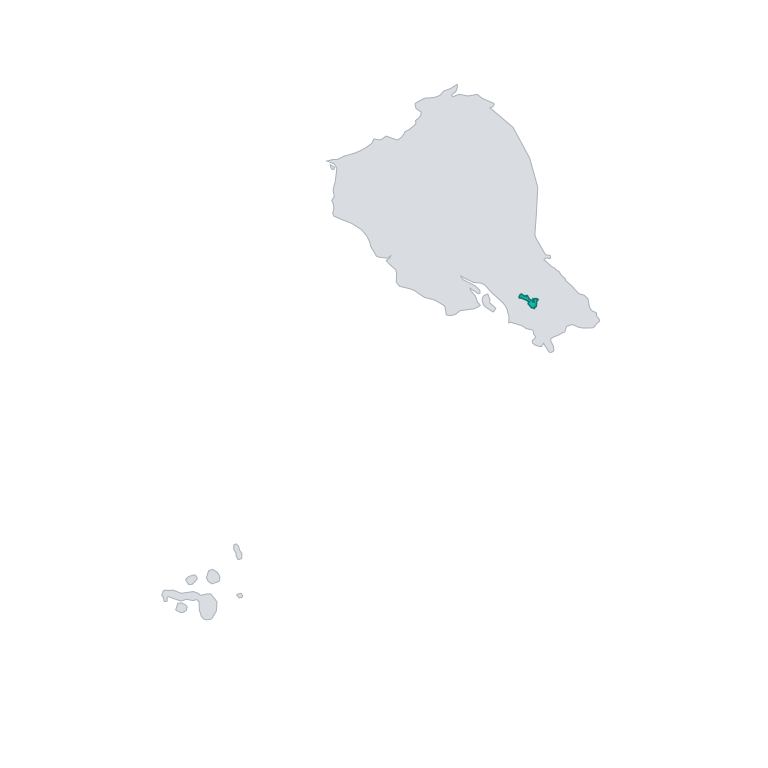 location of Zaruma, El Oro, Ecuador, rotated 299°
{"feature_id": "8360857B11168395923367", "entity_name": "Zaruma", "entity_type": "district", "adm_level": 2, "iso_a3": "ECU", "parent_name": "Ecuador", "parent_adm1": "El Oro", "projection": "equal_earth", "projection_center": [-79.513, -3.511], "detail": "fine", "context": "in_parent", "style": "filled", "palette": "teal", "viewbox_px": 768, "rotation_deg": 299, "n_neighbors": 0, "source": "geoboundaries", "source_scale": "gbopen_adm2", "svg_char_len": 7269}
<svg xmlns="http://www.w3.org/2000/svg" viewBox="0 0 768 768"><g transform="rotate(299 384 384)"><path d="M681.5,302.6L679.4,304.3L674.5,305.1L670.6,303.4L669.0,303.4L668.8,305.1L674.0,309.5L676.4,317.4L680.0,322.2L682.3,324.6L682.4,326.3L681.7,329.4L681.5,332.0L682.7,344.0L681.9,344.8L679.2,344.8L677.0,342.7L671.0,372.5L652.1,402.0L630.6,423.1L605.8,435.2L587.6,443.6L584.8,446.8L575.9,461.7L575.4,463.2L576.7,465.7L576.8,467.3L575.4,468.3L574.3,468.5L573.8,467.7L573.4,465.9L572.2,464.1L570.8,463.6L570.0,464.0L569.9,465.7L568.0,473.7L568.0,477.6L567.2,479.1L567.2,482.6L565.4,485.8L564.0,491.2L562.5,492.9L560.6,501.2L557.8,509.5L557.6,512.4L558.4,514.4L558.7,516.0L557.5,521.1L551.2,526.1L549.5,528.5L548.8,531.3L549.2,533.6L549.1,535.6L547.0,536.3L544.9,541.0L543.3,542.1L539.3,540.5L536.4,540.5L534.1,539.0L529.5,531.1L527.9,526.4L527.4,520.0L522.9,515.8L517.1,516.9L515.4,515.4L511.1,512.7L507.4,509.6L504.7,508.0L502.6,508.8L499.1,514.0L495.8,516.3L494.3,516.1L492.4,514.6L492.0,512.8L496.9,503.8L493.2,503.6L492.0,501.6L491.8,499.4L491.2,496.9L491.9,494.0L493.8,492.5L496.7,493.7L498.7,493.8L500.0,491.0L502.7,488.9L503.2,487.5L501.8,483.1L501.4,480.7L501.8,479.4L501.7,474.6L500.9,472.8L500.8,470.1L500.1,468.7L499.8,465.3L497.9,463.5L503.9,460.4L506.1,458.0L508.8,455.7L511.1,452.2L512.6,448.9L516.2,433.6L519.6,423.9L519.0,419.2L516.2,413.0L515.6,403.7L515.8,400.9L515.5,398.8L513.6,402.6L514.1,416.3L512.4,422.4L510.1,423.9L508.6,422.8L509.5,412.8L507.8,414.6L505.1,421.4L500.7,426.4L500.4,428.1L499.4,430.1L496.0,428.2L493.4,426.2L484.8,414.9L479.2,412.6L475.8,408.7L475.1,407.0L474.7,404.8L478.1,402.4L481.7,399.2L482.0,392.3L481.9,386.8L479.3,377.4L480.5,365.2L479.9,360.4L476.9,350.3L479.1,345.2L487.0,341.4L489.6,338.9L491.3,330.9L493.1,326.1L496.7,328.0L499.4,327.8L495.7,326.0L492.7,318.7L492.2,315.4L498.0,305.5L501.1,302.9L504.9,297.6L508.1,289.7L508.8,277.2L507.5,268.3L506.5,258.8L508.4,256.4L513.2,255.1L517.2,252.1L519.2,249.3L523.8,249.7L529.2,245.3L537.8,243.1L549.8,238.2L552.4,233.8L551.3,225.9L555.7,230.7L557.7,234.4L563.9,238.5L571.2,246.0L576.0,249.8L581.2,253.2L588.8,256.8L593.4,256.2L595.4,261.8L597.1,263.5L601.5,265.4L602.0,266.1L603.6,276.5L604.6,278.0L608.3,279.7L613.0,280.3L614.8,279.9L618.9,282.8L625.2,285.2L627.5,285.5L628.5,285.0L628.9,284.0L630.7,284.2L633.5,285.5L637.4,285.8L639.9,284.5L640.4,278.8L641.3,277.5L644.1,275.3L645.6,275.8L652.9,280.4L654.5,282.0L656.3,285.2L659.8,289.9L663.6,293.0L669.4,294.3L674.9,299.2L681.5,302.6ZM99.2,296.1L101.4,299.3L102.7,308.3L110.0,317.8L110.9,323.1L110.2,325.6L110.6,326.6L114.1,330.3L116.4,334.2L112.5,343.5L104.3,347.4L95.6,347.2L93.8,346.2L91.5,342.7L91.1,339.6L92.4,336.6L96.9,332.0L103.8,327.9L104.7,324.8L101.9,321.7L100.0,315.7L95.6,311.4L93.5,298.5L92.0,297.8L89.0,299.6L87.6,298.1L87.3,297.2L90.5,294.3L91.2,292.2L95.9,291.2L97.9,292.9L99.2,296.1ZM133.3,335.2L131.4,335.3L125.8,330.5L126.1,325.9L128.4,322.7L135.7,321.1L138.8,324.1L138.5,329.7L136.0,333.8L134.0,334.5L133.3,335.2ZM505.0,443.2L504.3,445.1L500.8,444.9L499.8,444.3L500.6,435.3L501.6,432.4L504.4,429.6L506.8,428.3L509.8,428.5L513.1,431.1L509.3,435.7L506.3,437.0L505.0,443.2ZM93.6,320.0L89.9,320.8L86.8,319.1L85.5,316.5L85.3,312.6L85.5,311.3L92.3,309.9L94.5,313.2L94.5,318.0L93.6,320.0ZM166.7,342.0L162.4,344.1L160.0,342.2L159.8,340.9L162.1,337.9L164.5,336.3L166.5,332.8L170.3,330.7L171.5,331.2L172.2,331.9L172.5,333.1L171.2,335.9L168.9,337.9L166.7,342.0ZM124.6,313.7L122.9,315.2L116.0,313.5L113.9,310.7L115.6,306.8L117.1,305.2L121.2,306.7L125.4,311.0L124.6,313.7ZM130.1,363.1L128.6,363.2L126.6,361.1L128.2,357.3L131.0,359.3L131.7,360.8L130.1,363.1ZM549.5,235.9L547.4,236.2L546.5,233.9L548.9,231.2L549.8,230.6L549.5,235.9Z" fill="#d9dde1" stroke="#a8b0b8" stroke-width="1"/><path d="M522.4,476.0L522.5,476.1L522.5,476.4L522.6,476.5L522.7,476.8L522.8,476.9L522.9,477.0L522.9,477.5L522.7,477.7L522.6,477.8L522.6,478.0L522.7,478.3L522.8,478.5L523.0,478.9L523.0,479.0L523.4,479.0L523.5,478.9L523.8,478.7L523.8,478.8L523.8,478.7L524.1,478.7L524.4,478.8L524.5,478.9L524.4,478.9L524.5,479.0L524.8,479.0L524.7,478.9L524.7,478.7L524.8,478.7L525.0,478.7L525.0,478.8L525.1,479.0L525.2,479.3L525.3,479.3L525.4,479.2L525.5,479.2L525.8,479.4L525.8,479.5L526.1,479.5L526.1,479.4L526.3,479.3L526.4,479.2L526.5,479.2L526.8,479.2L527.0,479.0L527.1,478.8L527.3,478.7L527.7,478.5L527.8,478.6L528.0,478.5L528.1,478.4L528.2,478.5L528.3,478.4L528.5,478.4L528.6,478.2L528.8,478.1L529.0,478.0L529.3,477.9L529.5,477.8L529.8,477.8L530.1,477.8L530.2,477.7L530.3,477.7L530.5,477.7L530.8,477.7L531.0,477.6L531.1,477.4L531.3,477.2L531.5,477.2L531.8,477.5L532.1,477.5L532.3,477.7L532.5,477.9L532.7,477.4L532.7,477.1L532.8,476.9L532.7,476.3L532.6,476.2L532.6,475.8L532.5,475.6L532.4,475.5L532.3,475.4L532.1,475.1L531.9,474.8L531.9,474.6L531.7,474.5L531.6,474.4L531.5,474.5L531.4,474.4L531.1,474.4L530.9,474.1L530.8,473.5L530.7,473.2L530.8,473.0L530.7,473.0L530.6,472.9L530.4,472.9L530.3,473.3L530.2,473.4L530.1,473.5L529.9,473.7L529.8,473.8L529.8,474.2L529.7,474.3L529.4,474.5L529.2,474.8L528.9,475.1L528.7,475.4L528.7,475.5L528.4,475.8L528.3,475.7L528.3,475.3L528.3,475.2L528.2,475.1L528.1,474.9L528.0,474.5L528.0,474.4L528.1,474.1L528.2,473.9L528.3,473.7L528.5,473.5L528.5,473.4L528.6,473.2L528.7,472.8L528.7,472.6L528.8,472.3L528.7,472.2L528.6,471.8L528.6,471.7L528.6,471.3L528.6,471.2L528.6,470.9L528.7,470.7L528.8,470.5L528.9,470.3L528.9,470.2L528.7,470.0L528.7,469.9L528.6,469.7L528.9,469.4L529.1,469.2L529.3,469.0L529.4,468.9L529.5,468.6L529.7,468.3L529.9,468.0L530.0,467.8L530.0,467.6L530.5,467.3L530.5,467.1L530.6,466.9L530.6,466.6L530.7,466.4L530.8,466.3L530.8,466.2L530.7,466.1L530.5,465.9L530.4,465.6L530.2,465.5L529.9,465.6L529.7,465.5L529.7,465.4L529.6,465.5L529.4,465.7L529.3,465.2L529.1,464.8L529.1,464.6L529.1,464.4L528.9,464.2L528.9,463.9L529.0,463.6L529.0,463.3L529.1,463.0L529.1,462.4L529.1,462.2L529.3,461.9L529.3,461.7L529.4,461.4L529.3,461.2L529.3,460.7L529.2,460.7L529.0,460.4L528.8,460.1L528.7,460.1L528.4,460.0L528.2,459.9L528.0,460.0L527.9,459.9L527.7,459.8L527.5,459.7L527.4,459.6L527.2,459.6L527.0,459.8L526.7,459.9L526.1,459.9L526.0,460.0L525.9,459.9L525.6,460.0L525.4,459.9L525.2,460.1L525.2,460.3L525.0,460.5L524.9,461.0L525.0,461.2L525.1,461.4L525.1,461.5L525.3,461.7L525.5,461.9L525.5,462.0L525.8,462.2L526.0,462.2L526.2,462.4L526.1,462.5L526.0,463.0L526.0,463.3L525.9,463.4L526.0,463.7L525.9,463.8L525.9,464.0L526.0,464.1L525.9,464.3L526.0,464.6L525.9,464.7L526.0,464.9L526.0,465.1L526.1,465.3L526.1,465.5L526.3,465.8L526.2,466.2L526.2,466.4L526.2,466.7L526.2,466.9L526.4,467.3L526.5,467.4L526.5,467.5L526.5,467.8L526.4,467.9L526.5,468.0L526.4,468.2L526.3,468.6L526.3,468.9L526.2,469.0L526.3,469.3L526.2,469.6L526.2,470.0L526.4,470.1L526.3,470.3L526.5,470.6L526.5,470.8L526.5,471.0L526.4,471.2L526.4,471.3L526.2,471.4L526.0,471.2L525.9,471.1L525.6,471.1L525.4,471.0L525.2,471.0L525.1,470.9L524.9,470.9L524.8,471.0L524.5,471.0L524.3,471.0L524.2,471.2L524.1,471.3L523.9,471.4L523.8,471.5L523.8,471.8L523.7,472.0L523.6,472.4L523.6,472.7L523.6,472.8L523.5,473.0L523.4,473.1L523.3,473.3L523.2,473.5L523.0,473.8L522.8,474.1L522.8,474.4L522.7,474.6L522.5,474.9L522.5,475.0L522.5,475.4L522.5,475.5L522.4,475.7L522.5,475.7L522.4,475.7L522.4,476.0Z" fill="#14b8a6" stroke="#0f766e" stroke-width="1.5"/></g></svg>